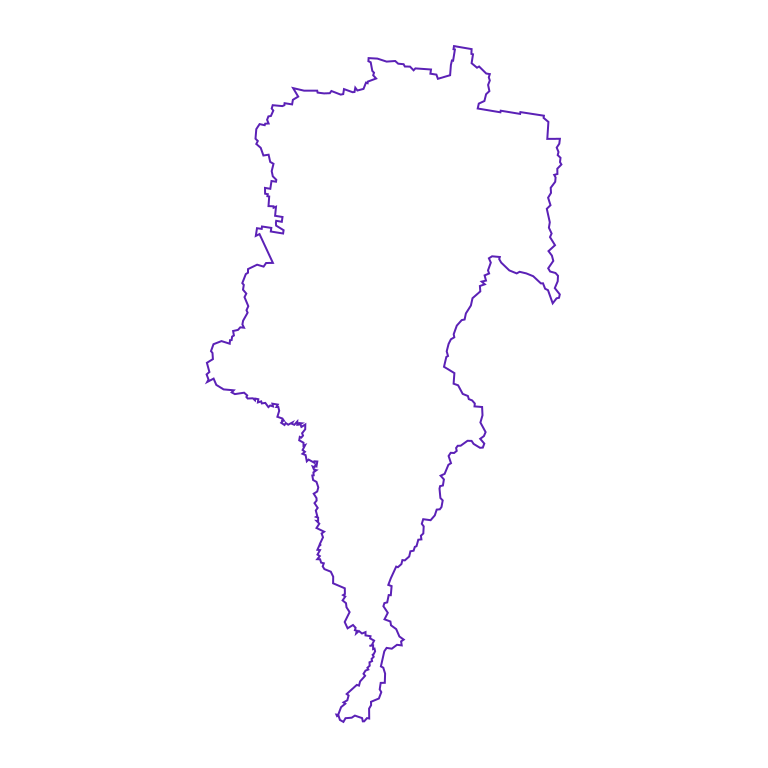 Snowy Valleys, New South Wales, Australia (Natural Earth projection)
{"feature_id": "25037944B29882714445476", "entity_name": "Snowy Valleys", "entity_type": "district", "adm_level": 2, "iso_a3": "AUS", "parent_name": "Australia", "parent_adm1": "New South Wales", "projection": "natural_earth1", "projection_center": [148.158, -35.943], "detail": "fine", "context": "isolated", "style": "outline", "palette": "violet", "viewbox_px": 768, "rotation_deg": 0, "n_neighbors": 0, "source": "geoboundaries", "source_scale": "gbopen_adm2", "svg_char_len": 6067}
<svg xmlns="http://www.w3.org/2000/svg" viewBox="0 0 768 768"><path d="M259.6,124.1L256.3,129.1L255.5,138.7L257.8,141.0L256.3,144.0L260.7,147.8L263.4,155.5L268.6,154.7L270.2,161.9L273.5,163.8L271.7,171.1L272.8,176.3L276.3,179.8L276.0,181.7L271.5,181.0L270.3,188.8L265.0,187.9L265.1,193.7L267.8,194.2L267.4,196.2L269.2,196.5L268.5,206.1L273.5,206.3L273.6,207.7L276.0,206.7L275.1,215.8L282.5,217.0L281.8,221.8L276.2,220.8L275.9,222.7L276.1,225.6L283.6,230.2L283.1,233.5L270.8,231.5L271.3,227.9L262.0,226.5L261.7,228.9L257.0,228.2L255.8,235.9L259.5,234.1L272.9,262.9L266.1,263.0L263.6,266.6L257.1,264.7L248.0,269.1L248.0,272.7L245.8,274.1L242.3,283.1L243.8,284.9L243.0,289.7L246.3,293.6L244.5,297.1L248.3,306.2L246.5,310.2L247.6,312.7L243.1,320.7L242.4,324.4L244.0,327.7L240.3,327.3L238.0,329.9L233.1,331.0L233.9,335.5L232.1,336.6L231.6,340.1L230.0,340.2L229.7,343.7L221.5,341.1L213.5,344.2L211.0,351.1L212.5,353.0L212.9,359.1L206.9,362.8L209.4,372.0L206.6,374.4L208.5,379.5L207.2,382.0L213.6,378.6L216.3,384.9L223.6,389.4L233.7,390.3L231.7,392.4L234.9,394.1L244.1,392.7L247.2,395.4L246.4,397.0L247.7,398.5L252.9,398.3L255.0,400.3L255.2,398.6L258.3,399.2L257.9,402.4L261.2,401.4L261.8,403.4L265.3,402.9L268.4,407.1L270.2,405.5L273.0,406.4L272.4,403.7L277.8,404.6L276.5,407.0L278.3,407.0L279.2,410.8L277.4,416.8L282.4,418.5L283.8,420.6L281.4,420.3L282.7,421.2L281.2,422.8L284.5,425.0L285.7,423.0L288.2,424.7L292.4,422.5L291.7,423.7L294.3,424.8L297.3,421.5L297.3,424.8L299.1,424.4L299.5,422.2L299.6,423.9L300.4,423.2L301.6,423.3L300.3,424.0L301.4,426.9L305.3,424.5L305.2,429.3L302.1,433.2L303.0,435.6L301.3,437.6L299.8,436.9L299.2,440.3L303.5,442.7L303.5,445.7L305.2,445.0L302.6,450.0L304.9,451.8L302.5,453.8L305.6,455.1L306.8,461.3L308.6,459.6L314.6,462.9L314.5,461.3L317.3,461.5L316.5,466.1L315.4,465.0L314.6,467.2L312.7,466.5L314.0,469.7L316.4,470.2L313.4,472.4L313.7,475.3L312.3,475.5L313.1,480.0L316.5,481.9L318.3,487.4L317.2,491.5L313.7,493.7L316.5,498.1L316.6,500.6L314.5,503.1L317.7,507.9L315.8,510.5L317.3,516.2L316.1,516.9L318.1,517.7L318.1,521.0L316.6,520.9L319.3,523.7L316.5,528.0L324.1,531.7L321.6,533.5L323.0,537.3L319.8,544.1L320.9,545.6L319.6,544.9L317.4,549.8L320.0,550.1L317.5,554.6L319.8,556.1L317.3,559.2L320.1,559.3L321.1,562.6L323.8,563.3L322.7,566.4L324.4,569.1L330.8,571.7L333.2,576.7L333.1,583.3L344.8,588.3L344.9,594.0L343.1,595.1L345.3,596.5L342.6,600.4L346.0,603.2L346.5,607.3L349.6,612.1L344.7,622.0L347.6,628.3L353.0,625.0L355.6,627.8L354.9,630.2L356.8,630.7L356.2,633.4L358.9,631.0L362.0,633.5L365.5,632.1L365.5,635.4L370.5,636.2L370.1,638.4L374.1,640.6L371.7,645.4L369.4,645.9L373.1,645.4L373.1,649.1L374.5,648.6L375.1,651.3L373.3,654.8L372.3,654.1L373.7,656.8L371.6,658.9L372.1,661.1L369.5,662.3L369.7,665.7L367.4,667.8L368.3,669.5L365.5,670.6L363.5,673.8L365.1,675.8L360.1,681.4L359.0,685.6L356.8,684.9L346.7,694.0L348.6,695.5L347.3,700.3L343.5,702.4L345.3,703.7L341.1,707.1L338.2,714.8L336.4,714.6L337.1,716.2L338.5,715.6L339.9,719.9L343.4,721.9L345.5,718.2L351.7,717.7L354.9,715.6L362.1,718.1L362.8,721.3L364.2,721.3L367.0,718.1L369.2,718.5L369.1,708.6L371.1,705.2L371.0,701.8L378.9,698.5L381.3,692.1L379.7,689.4L380.7,682.9L384.8,682.8L385.1,673.6L383.3,667.7L380.9,666.4L384.3,651.3L386.6,647.9L391.8,648.7L397.0,644.8L401.7,645.4L401.1,641.4L403.7,639.6L399.4,636.5L396.2,629.1L391.0,625.3L390.4,621.5L384.5,619.3L387.8,612.8L383.4,606.2L384.4,603.1L387.2,602.4L388.7,595.1L390.8,595.2L391.6,586.1L388.3,584.9L390.8,578.3L396.2,566.6L397.9,567.2L401.4,564.1L402.4,560.1L404.8,560.4L409.2,556.5L410.4,551.3L413.6,550.7L414.8,546.9L416.5,546.2L418.3,539.7L421.4,539.4L420.9,535.7L423.3,533.5L423.7,526.4L421.8,523.8L423.2,519.2L430.6,520.2L434.8,515.4L436.7,509.6L439.8,509.3L441.5,507.0L442.7,500.4L440.4,498.0L439.5,488.6L440.1,486.1L442.9,485.5L443.9,479.4L440.6,475.7L444.6,473.9L448.4,464.8L451.0,463.2L448.6,456.0L450.7,452.8L454.1,453.0L456.7,450.9L456.1,448.0L457.7,445.8L460.7,445.7L467.5,440.8L471.6,440.9L473.6,443.9L480.0,447.8L482.8,447.6L484.3,443.6L480.2,438.8L483.9,436.1L485.6,432.1L480.4,422.5L482.5,415.3L482.1,407.0L474.5,406.4L474.8,403.5L472.1,400.4L468.8,399.1L467.9,396.0L462.7,393.9L458.1,385.3L453.6,383.7L454.4,373.1L444.0,366.8L446.3,357.0L448.0,356.0L446.7,351.3L448.6,343.9L450.9,339.3L454.3,337.3L453.7,334.2L456.8,325.6L461.7,320.1L464.6,319.5L465.9,313.4L470.9,305.5L472.5,298.2L480.3,291.4L479.9,286.0L484.8,284.3L481.7,281.6L486.0,280.6L484.6,275.4L489.1,273.5L488.0,270.4L490.8,262.6L488.9,258.3L492.1,256.3L499.8,257.0L499.2,259.1L501.2,262.6L509.3,270.4L516.7,273.4L519.6,271.8L526.3,273.4L533.2,276.2L540.9,283.4L543.0,283.3L545.1,288.7L548.0,290.2L552.7,303.3L556.6,298.3L559.0,297.8L559.8,294.4L554.8,288.1L557.7,281.3L558.0,275.8L555.5,273.0L550.1,271.5L548.2,268.3L553.3,260.9L551.9,255.6L548.5,251.1L555.0,245.2L550.0,237.1L551.6,233.5L548.9,227.7L549.8,222.3L546.8,208.8L550.5,205.2L548.1,197.7L551.0,192.9L550.7,187.8L555.2,181.8L555.6,177.5L554.2,174.9L557.4,174.0L557.3,168.7L561.4,164.5L560.0,162.1L560.5,157.8L557.7,155.1L558.5,152.0L556.7,147.6L559.3,143.7L559.9,138.8L547.3,138.9L548.4,121.9L543.6,117.9L543.9,115.7L520.4,112.1L520.1,113.9L500.7,110.7L500.4,112.3L477.7,108.5L478.8,103.6L484.4,101.0L486.1,94.2L489.4,91.1L488.1,84.9L489.8,80.5L488.8,77.3L489.8,74.1L486.2,73.5L479.1,66.5L477.0,67.7L471.6,63.2L473.0,54.3L471.4,53.9L471.6,49.1L454.0,46.1L453.5,49.2L454.9,49.5L453.1,60.7L451.9,60.5L450.9,65.0L450.1,75.2L437.9,78.8L436.4,74.6L430.4,73.7L431.0,69.5L415.4,68.4L413.6,70.3L410.0,66.6L404.8,66.5L403.6,64.2L398.2,63.7L395.2,61.0L386.6,61.6L377.4,58.6L368.6,58.1L368.4,61.2L370.7,62.3L372.3,70.9L374.0,72.7L373.2,75.3L376.1,78.5L367.8,81.6L367.6,83.2L366.0,82.6L363.5,88.9L357.4,90.5L355.3,87.7L354.5,92.0L352.6,92.2L344.0,89.1L343.2,94.1L340.7,94.6L331.4,91.0L329.8,93.2L324.0,93.4L317.6,92.6L317.2,90.7L304.2,90.7L293.1,88.1L298.2,96.6L292.9,99.8L292.1,104.4L284.6,103.2L284.4,105.2L282.4,106.1L272.7,105.2L271.7,108.5L273.3,110.6L270.9,116.0L268.4,116.4L267.1,119.8L268.6,123.5L265.2,123.7L264.7,125.2L259.6,124.1Z" fill="none" stroke="#5b21b6" stroke-width="2"/></svg>